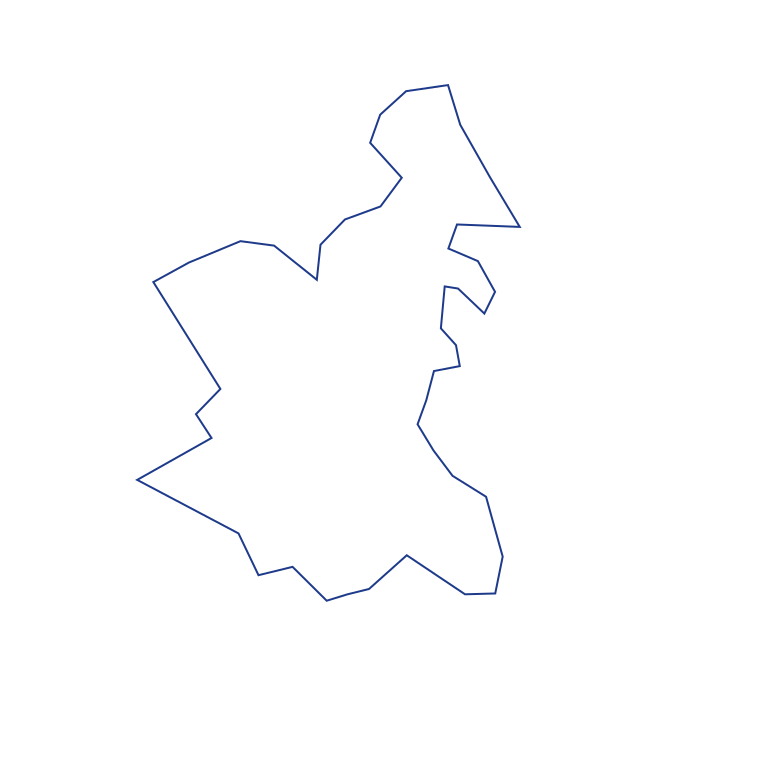 the border of Strencu, rotated 228°
{"feature_id": "LVA-5795", "entity_name": "Strencu", "entity_type": "Municipality", "adm_level": 1, "iso_a3": "LVA", "parent_name": "Latvia", "parent_adm1": "", "projection": "albers", "projection_center": [25.772, 57.614], "detail": "fine", "context": "isolated", "style": "outline", "palette": "blue", "viewbox_px": 768, "rotation_deg": 228, "n_neighbors": 0, "source": "natural_earth", "source_scale": "10m", "svg_char_len": 742}
<svg xmlns="http://www.w3.org/2000/svg" viewBox="0 0 768 768"><g transform="rotate(228 384 384)"><path d="M364.7,463.5L346.6,452.3L360.2,429.8L343.6,404.5L331.6,382.0L301.5,376.3L269.9,373.5L231.9,384.4L212.5,374.7L176.3,356.7L153.9,326.5L173.5,303.5L241.5,286.3L241.7,235.7L252.2,216.0L261.3,196.4L309.3,193.7L325.9,162.8L370.3,175.9L477.9,136.4L459.3,219.7L487.4,224.1L489.8,259.1L614.1,280.8L604.8,320.3L586.2,372.9L560.4,394.9L506.4,403.8L530.0,430.0L532.4,465.1L518.3,500.2L525.4,535.2L572.5,535.1L586.7,561.4L586.8,596.4L563.3,631.6L525.6,614.1L466.7,601.1L409.9,590.0L453.7,545.0L441.6,522.5L412.5,536.0L378.2,528.2L369.2,505.7L405.4,502.9L415.9,494.4L387.3,463.5L364.7,463.5Z" fill="none" stroke="#1e3a8a" stroke-width="2"/></g></svg>